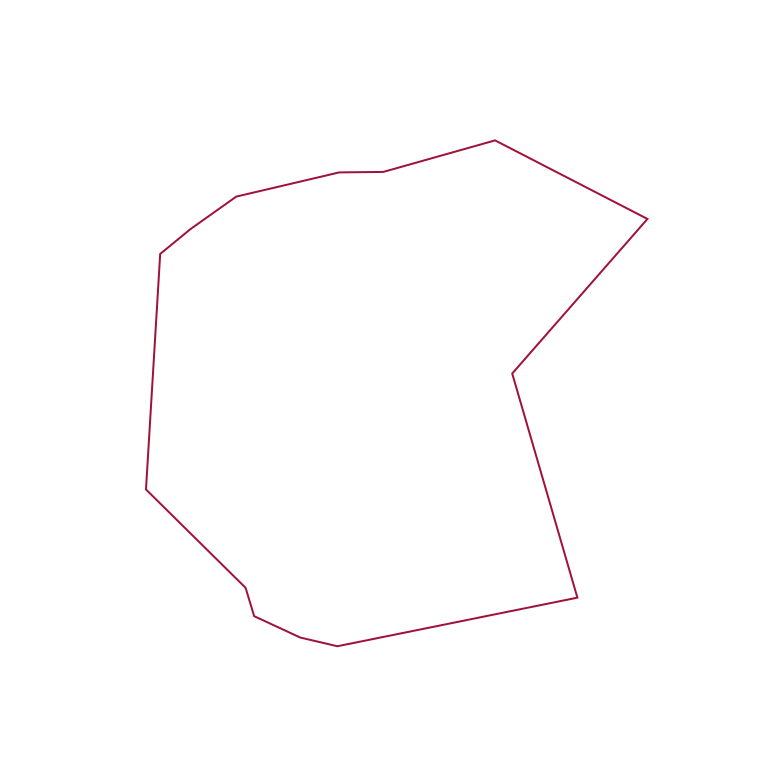 the Municipality of Cerkvenjak, rotated 20°
{"feature_id": "SVN-198", "entity_name": "Cerkvenjak", "entity_type": "Municipality", "adm_level": 1, "iso_a3": "SVN", "parent_name": "Slovenia", "parent_adm1": "", "projection": "natural_earth1", "projection_center": [15.947, 46.561], "detail": "fine", "context": "isolated", "style": "outline", "palette": "rose", "viewbox_px": 768, "rotation_deg": 20, "n_neighbors": 0, "source": "natural_earth", "source_scale": "10m", "svg_char_len": 345}
<svg xmlns="http://www.w3.org/2000/svg" viewBox="0 0 768 768"><g transform="rotate(20 384 384)"><path d="M196.4,564.5L129.2,338.3L149.3,304.4L181.1,258.4L269.5,200.5L310.7,185.0L405.0,117.1L575.1,138.8L500.9,330.3L638.8,518.6L429.8,646.4L392.1,650.9L341.4,646.6L323.7,622.9L196.4,564.5Z" fill="none" stroke="#9f1239" stroke-width="2"/></g></svg>